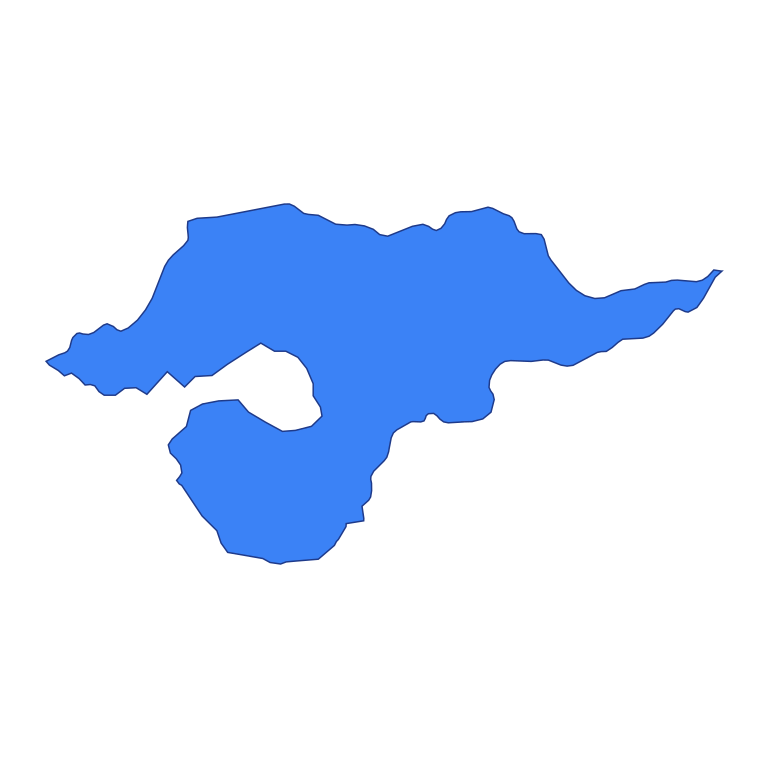 Borsod-Abaúj-Zemplén, Robinson projection
{"feature_id": "HUN-3168", "entity_name": "Borsod-Abaúj-Zemplén", "entity_type": "County", "adm_level": 1, "iso_a3": "HUN", "parent_name": "Hungary", "parent_adm1": "", "projection": "robinson", "projection_center": [21.025, 48.121], "detail": "fine", "context": "isolated", "style": "filled", "palette": "blue", "viewbox_px": 768, "rotation_deg": 0, "n_neighbors": 0, "source": "natural_earth", "source_scale": "10m", "svg_char_len": 2823}
<svg xmlns="http://www.w3.org/2000/svg" viewBox="0 0 768 768"><path d="M289.4,204.0L294.3,206.2L303.7,213.4L308.3,214.4L318.3,215.3L335.7,224.2L347.0,225.1L355.0,224.5L364.4,225.9L373.3,229.3L379.7,234.6L387.7,236.2L412.4,226.3L422.9,224.3L428.7,226.4L432.6,229.2L436.3,230.5L441.0,228.3L444.7,223.8L446.5,219.5L449.1,215.8L455.4,212.7L460.7,211.8L471.5,211.6L488.0,207.2L492.7,208.4L503.4,213.8L509.1,215.7L511.9,217.7L514.0,221.2L516.9,229.0L519.1,231.8L524.1,233.7L535.9,233.6L541.3,234.6L544.1,239.2L548.3,255.8L550.9,260.0L568.8,283.0L576.4,290.4L584.8,295.7L594.8,298.5L604.5,297.8L621.0,290.7L634.7,289.0L644.4,284.4L649.0,282.8L665.7,282.1L671.5,280.4L677.3,280.1L696.4,281.7L702.3,280.2L707.8,276.5L713.8,270.0L721.4,271.1L721.9,271.1L715.2,277.2L703.5,298.2L696.9,307.5L688.1,312.1L685.2,311.6L678.9,308.7L675.3,309.1L673.4,310.8L662.7,324.2L653.7,333.0L649.1,336.2L642.9,338.1L622.7,339.2L618.1,342.3L612.3,347.4L606.3,351.4L601.2,351.6L597.3,352.4L573.1,365.3L567.1,366.1L561.0,365.1L548.4,360.1L543.0,360.0L531.2,361.4L510.7,360.6L504.8,361.4L500.1,364.2L495.5,369.1L491.8,374.9L489.6,380.3L489.0,387.4L490.7,391.0L493.0,394.2L494.2,399.6L491.0,412.2L482.8,418.9L472.1,421.6L461.2,421.9L463.5,421.9L448.3,422.8L443.7,421.9L439.9,419.1L437.0,415.8L433.7,413.4L428.4,413.7L426.2,415.6L425.3,418.4L424.0,420.9L420.8,421.9L413.0,421.6L410.8,421.9L396.9,429.8L393.4,432.9L391.2,437.8L389.2,448.3L388.6,451.8L386.8,457.3L384.2,460.7L373.7,471.2L370.9,476.4L370.7,479.4L371.5,483.2L371.6,490.7L370.6,497.0L368.7,500.2L362.0,506.2L363.8,518.4L363.7,520.8L346.2,523.6L346.0,526.6L338.4,539.4L336.4,541.5L334.4,545.4L318.3,559.2L295.0,561.1L286.2,561.9L280.6,564.0L270.1,562.5L262.8,558.5L227.7,552.4L221.1,543.1L216.9,530.7L202.1,516.0L181.7,485.3L179.2,483.9L176.6,480.4L179.7,476.6L181.9,472.9L180.6,465.0L176.3,458.8L170.4,453.1L168.3,444.9L172.2,439.0L186.4,426.5L190.6,410.4L202.5,404.0L218.7,400.9L238.1,399.9L248.5,412.1L265.5,422.2L282.4,431.4L295.4,430.4L311.5,426.3L322.0,416.1L320.4,407.0L313.2,395.8L313.2,383.7L306.7,368.4L297.9,357.3L285.8,351.2L274.5,351.2L260.8,343.1L246.2,352.2L227.4,364.3L212.0,375.5L195.1,376.5L184.6,387.0L167.3,371.7L146.9,394.3L136.1,387.7L124.6,388.3L115.4,395.2L104.2,395.2L99.0,391.6L94.8,385.8L90.3,384.5L85.1,385.0L79.1,378.6L71.5,373.1L64.4,375.8L58.3,370.5L49.4,365.1L46.1,361.3L58.8,354.8L64.8,352.8L67.5,351.1L69.8,347.5L71.6,340.3L72.9,337.5L76.9,333.5L79.6,333.0L82.9,334.0L88.5,334.5L93.8,332.5L103.5,325.1L107.1,323.8L113.4,326.5L117.0,329.8L120.9,331.2L128.2,328.0L137.5,320.1L145.5,309.9L152.2,298.3L164.7,266.4L168.4,260.2L173.2,254.9L182.9,246.3L183.6,245.7L187.9,240.3L188.1,238.9L188.3,237.5L188.2,236.1L188.1,234.7L187.4,227.7L187.6,224.4L187.9,221.4L197.1,218.3L216.9,217.1L284.2,204.1L289.4,204.0Z" fill="#3b82f6" stroke="#1e3a8a" stroke-width="1.5"/></svg>